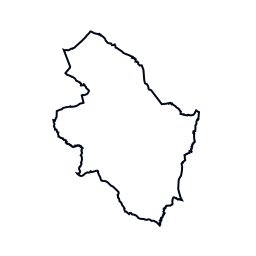 Phayuha Khiri, Nakhon Sawan, Thailand (orthographic projection), rotated 260°
{"feature_id": "78962969B23283283328110", "entity_name": "Phayuha Khiri", "entity_type": "district", "adm_level": 2, "iso_a3": "THA", "parent_name": "Thailand", "parent_adm1": "Nakhon Sawan", "projection": "orthographic", "projection_center": [100.164, 15.5], "detail": "fine", "context": "isolated", "style": "outline", "palette": "ink", "viewbox_px": 256, "rotation_deg": 260, "n_neighbors": 0, "source": "geoboundaries", "source_scale": "gbopen_adm2", "svg_char_len": 5705}
<svg xmlns="http://www.w3.org/2000/svg" viewBox="0 0 256 256"><g transform="rotate(260 128 128)"><path d="M37.5,122.6L36.3,124.8L35.6,127.7L34.4,129.9L34.3,130.8L34.5,132.0L34.5,132.5L33.7,134.0L32.5,134.9L32.1,137.5L30.9,138.7L30.7,139.4L28.9,140.8L27.1,141.8L26.4,142.3L27.3,143.0L27.8,143.1L28.2,142.8L28.4,142.2L28.7,142.4L29.1,143.4L29.7,143.3L30.3,143.8L30.9,143.5L30.9,144.2L31.1,144.4L31.0,144.7L31.6,145.1L32.1,145.0L32.2,144.6L32.5,144.3L33.0,144.8L33.4,144.7L33.8,145.0L33.7,145.5L33.9,145.8L33.8,146.0L34.0,146.4L34.4,146.4L34.5,146.7L35.8,147.1L35.9,147.6L36.5,147.7L36.6,148.1L36.9,148.0L37.0,148.3L37.3,148.4L37.4,148.7L37.6,148.7L37.7,148.9L37.9,148.7L38.2,149.0L38.5,148.6L38.9,148.7L39.6,148.4L40.0,148.7L40.3,148.8L40.8,148.9L40.8,149.2L41.2,149.5L41.6,149.4L41.9,150.0L42.2,150.1L42.7,151.0L43.1,150.9L43.5,151.3L43.5,151.0L44.1,152.0L44.7,152.1L44.8,152.3L44.5,152.9L44.7,153.4L44.5,153.9L44.5,155.3L44.2,156.3L44.8,157.5L45.0,158.1L45.0,158.4L46.4,158.8L48.3,158.9L49.3,159.4L50.3,159.6L51.8,160.8L51.5,161.8L50.5,162.7L50.6,163.5L49.8,163.8L48.9,164.6L48.9,165.0L49.2,165.3L49.2,165.6L48.6,166.4L47.6,168.6L50.3,167.7L57.1,167.0L59.4,166.9L67.6,168.8L68.9,169.4L70.6,170.8L71.9,172.0L76.7,173.7L80.3,174.6L83.6,174.6L84.1,175.2L84.3,176.1L85.0,176.1L85.0,176.5L85.7,177.4L86.0,178.3L86.5,178.8L88.5,178.7L90.8,179.1L91.4,178.9L91.6,179.8L92.4,181.2L92.2,181.6L92.8,183.3L92.8,184.1L94.6,184.6L93.4,186.3L93.8,186.5L94.4,186.0L94.7,186.1L95.1,186.4L96.2,186.4L96.6,187.3L98.6,187.3L98.6,188.0L99.6,188.1L99.7,188.3L100.7,188.4L101.1,189.5L101.6,189.6L102.3,190.0L102.2,190.8L102.8,191.4L104.0,191.5L104.5,191.3L105.5,191.3L108.9,191.7L111.0,192.3L111.2,191.8L112.1,192.1L112.2,191.5L113.5,192.0L113.5,192.8L113.3,193.7L116.7,194.5L118.5,194.7L120.4,196.2L122.2,196.4L124.0,197.5L123.8,198.1L124.8,198.4L124.7,198.9L127.1,199.5L131.3,200.7L132.0,199.6L133.5,198.2L130.8,196.1L130.1,195.3L129.5,194.2L129.5,192.3L129.7,191.3L130.4,190.3L130.5,189.5L130.3,189.4L130.4,188.9L130.1,188.7L131.4,185.0L131.9,185.1L132.3,183.2L132.7,182.2L135.1,182.9L136.1,182.0L137.1,181.8L138.1,181.2L140.1,179.1L140.7,178.9L141.2,178.5L143.4,176.2L144.7,175.5L144.6,175.2L144.1,174.8L145.4,174.1L144.9,172.5L145.4,172.4L145.3,169.5L145.6,165.4L161.1,157.4L161.6,156.9L162.0,155.6L162.4,155.3L163.5,155.0L164.7,155.2L166.6,154.8L167.4,154.5L168.2,154.0L168.3,153.4L169.2,152.5L172.1,152.3L182.7,153.3L187.3,152.4L187.5,150.3L188.1,150.1L188.9,149.4L189.5,149.2L190.8,149.4L191.5,148.1L191.9,148.2L192.1,146.9L194.4,147.5L194.8,146.5L195.6,146.6L196.4,144.2L197.4,144.9L198.1,143.5L199.5,141.7L201.9,137.6L202.7,136.6L203.1,136.1L204.0,135.8L205.6,134.1L206.2,133.6L206.9,132.7L208.5,131.2L209.4,129.7L211.4,129.8L212.6,129.4L212.2,128.2L212.3,126.6L213.7,126.2L214.2,125.8L215.0,123.3L215.7,122.6L218.0,121.2L220.1,120.8L222.2,119.3L223.8,117.8L223.8,117.2L224.8,117.1L224.9,115.9L225.7,115.9L225.8,114.6L227.1,111.4L229.4,108.4L229.6,107.7L228.0,106.0L225.8,102.9L225.1,102.4L221.6,97.4L217.8,91.2L216.4,89.3L216.2,87.8L215.6,86.8L216.0,85.9L215.9,85.4L215.1,83.8L214.9,83.1L215.1,81.8L215.3,81.6L215.5,80.5L215.4,79.4L216.1,78.3L198.4,81.7L197.4,81.2L192.9,75.9L190.7,77.5L190.1,79.1L188.6,81.2L188.3,81.2L188.2,81.9L188.0,82.3L185.7,84.6L183.6,85.2L182.7,86.6L181.7,87.7L181.4,88.4L180.7,88.6L180.5,89.1L179.5,89.4L178.1,89.0L177.9,89.9L178.0,91.2L178.4,91.9L178.8,92.0L178.6,92.4L178.4,92.6L177.5,92.6L176.7,93.0L175.9,93.7L174.8,93.7L171.9,95.9L171.4,96.0L170.9,95.8L169.1,94.4L168.4,93.1L168.0,90.3L168.4,88.9L168.2,88.1L161.1,88.6L160.5,88.5L160.3,84.9L159.0,82.3L158.5,79.6L158.5,78.3L158.8,75.1L159.3,75.0L159.1,74.2L159.2,71.1L159.0,67.9L158.7,67.1L157.9,66.1L157.8,64.1L157.0,60.8L151.3,59.6L150.0,58.5L147.9,57.4L148.2,56.8L148.6,56.6L148.8,55.9L146.4,55.9L145.1,56.3L144.2,56.1L142.6,55.3L141.7,55.7L141.2,55.6L140.0,56.1L139.2,55.9L139.3,56.6L138.5,57.4L137.2,57.3L136.9,57.5L136.5,57.5L136.3,57.8L135.7,57.8L135.5,58.0L135.5,58.3L135.3,58.2L135.0,58.4L133.7,58.0L132.6,58.3L131.9,58.1L131.9,58.4L131.4,58.5L131.1,59.0L130.1,59.7L130.1,60.0L129.6,60.8L129.7,61.0L129.2,61.8L129.0,62.1L128.5,62.0L128.3,62.5L128.0,62.5L127.2,62.9L126.9,64.4L126.5,64.4L125.8,64.9L125.8,64.7L125.4,64.7L125.0,64.4L124.8,64.4L124.5,64.6L124.3,64.3L123.8,64.7L123.7,64.9L123.4,64.9L123.1,65.4L122.9,65.5L123.1,66.0L122.8,66.3L122.5,67.0L122.3,67.0L121.7,67.4L121.7,68.0L121.3,68.4L120.6,68.6L120.7,69.0L119.5,69.7L119.4,70.0L119.1,70.1L118.8,70.6L119.0,70.8L118.8,72.1L118.9,72.4L119.2,72.4L119.1,73.1L119.5,73.2L119.2,73.5L119.3,74.8L119.8,75.0L119.7,75.7L119.4,76.0L119.5,76.3L119.3,76.8L119.3,77.3L118.7,77.8L118.5,77.6L118.2,78.5L117.5,78.3L117.5,78.8L117.0,79.0L116.5,79.8L116.2,79.8L116.2,79.4L114.9,78.7L114.6,78.7L114.4,78.4L114.0,78.5L113.5,78.1L112.6,78.4L111.5,78.4L111.2,78.0L110.5,77.8L109.6,77.2L109.1,76.7L108.1,77.4L107.3,77.5L106.8,77.3L106.0,77.4L103.7,76.8L102.1,75.7L100.9,76.0L98.3,74.4L98.3,73.6L96.9,72.9L96.0,72.7L93.7,73.3L93.1,73.2L91.9,72.2L91.8,70.8L92.1,70.0L91.3,70.4L89.7,72.0L89.0,73.2L88.8,74.3L89.5,76.1L90.4,77.5L91.2,79.6L91.3,80.4L90.9,81.5L90.9,82.7L91.9,83.6L91.8,83.9L91.2,84.4L91.0,84.7L90.9,85.5L91.4,89.4L91.1,90.6L90.5,91.0L90.0,91.0L89.5,90.7L86.7,91.3L84.7,92.0L82.1,92.3L80.9,92.7L80.4,93.5L80.1,95.2L79.2,97.2L77.8,98.7L74.1,101.3L73.1,102.9L67.5,107.0L66.4,107.6L65.8,107.4L65.4,107.5L64.7,107.1L64.0,106.6L63.7,106.1L62.9,106.4L61.6,106.1L60.9,106.2L60.4,106.8L57.3,107.0L56.9,107.5L56.0,108.0L55.5,108.4L53.2,108.8L51.2,109.9L49.2,110.6L48.9,110.2L48.6,110.1L46.1,110.7L45.9,111.7L43.0,114.1L44.0,115.1L43.9,115.8L43.7,116.3L42.3,116.8L41.9,118.2L40.7,120.5L40.1,120.9L39.1,121.9L38.4,122.1L37.5,122.6Z" fill="none" stroke="#020617" stroke-width="2"/></g></svg>